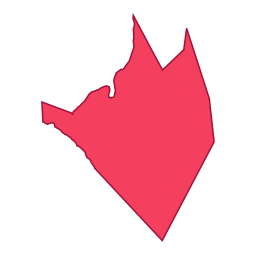 the district of San Miguel Santa Flor, Oaxaca, Mexico
{"feature_id": "50627088B38442506685774", "entity_name": "San Miguel Santa Flor", "entity_type": "district", "adm_level": 2, "iso_a3": "MEX", "parent_name": "Mexico", "parent_adm1": "Oaxaca", "projection": "equal_earth", "projection_center": [-96.811, 17.921], "detail": "fine", "context": "isolated", "style": "filled", "palette": "rose", "viewbox_px": 256, "rotation_deg": 0, "n_neighbors": 0, "source": "geoboundaries", "source_scale": "gbopen_adm2", "svg_char_len": 1319}
<svg xmlns="http://www.w3.org/2000/svg" viewBox="0 0 256 256"><path d="M162.2,240.6L214.1,141.9L209.3,98.7L200.2,70.4L186.6,28.3L183.8,49.7L162.5,70.0L154.1,54.4L149.3,45.5L142.2,32.0L141.3,30.5L138.3,24.8L133.3,15.4L133.0,18.5L134.1,22.2L134.5,23.8L134.1,27.0L133.3,28.9L133.6,31.1L133.7,33.3L133.7,36.4L133.9,38.1L133.4,39.8L133.3,41.5L133.6,43.6L134.0,47.2L132.1,52.6L130.9,56.1L129.4,60.8L127.2,63.8L125.9,65.6L125.0,67.0L124.3,68.1L122.7,69.5L120.8,69.5L118.4,71.2L116.2,73.1L115.8,74.5L114.7,76.8L113.9,80.1L113.9,82.2L114.6,85.4L114.9,88.0L115.5,91.2L114.8,93.1L114.5,95.0L113.8,97.1L110.6,97.8L109.0,97.2L108.6,95.6L108.8,93.6L109.5,91.9L109.8,89.4L109.0,86.6L106.4,85.9L104.6,86.3L101.6,87.6L100.0,88.5L98.5,89.6L96.2,90.3L94.2,91.3L92.0,91.7L88.9,94.3L88.7,94.7L87.4,96.8L86.1,98.8L84.1,101.7L81.9,103.6L80.1,105.6L78.0,107.1L76.3,109.1L73.5,111.3L72.5,114.1L71.2,112.9L41.9,102.0L42.9,122.0L43.9,122.1L46.5,123.9L47.4,124.2L52.3,122.6L54.3,123.6L54.9,126.8L59.1,129.2L61.7,131.3L62.2,132.3L65.2,134.5L66.1,134.6L71.3,138.3L72.0,139.7L73.6,140.6L75.8,142.9L77.1,145.9L79.0,146.3L82.9,150.0L84.6,151.6L85.4,152.8L85.7,154.8L87.2,157.7L89.5,159.2L90.7,160.9L91.3,162.6L94.4,167.2L94.7,168.3L105.9,180.2L109.0,183.6L120.4,195.8L120.6,196.0L162.2,240.6Z" fill="#f43f5e" stroke="#9f1239" stroke-width="1.5"/></svg>